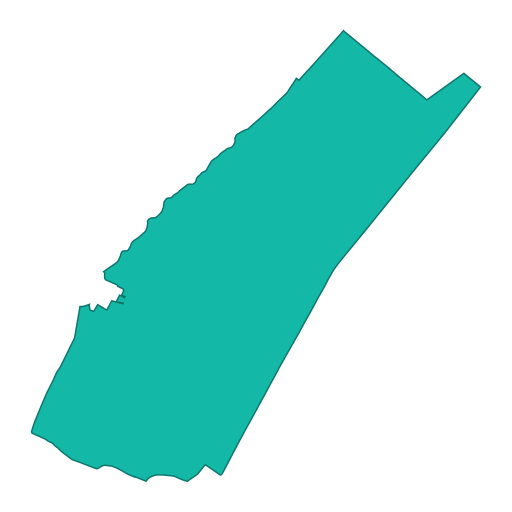 Manasia, Ialomita, Romania
{"feature_id": "2599482B60853828676404", "entity_name": "Manasia", "entity_type": "district", "adm_level": 2, "iso_a3": "ROU", "parent_name": "Romania", "parent_adm1": "Ialomita", "projection": "mercator", "projection_center": [26.681, 44.722], "detail": "fine", "context": "isolated", "style": "filled", "palette": "teal", "viewbox_px": 512, "rotation_deg": 0, "n_neighbors": 0, "source": "geoboundaries", "source_scale": "gbopen_adm2", "svg_char_len": 4456}
<svg xmlns="http://www.w3.org/2000/svg" viewBox="0 0 512 512"><path d="M182.1,479.6L182.6,479.8L184.1,480.3L185.5,480.7L186.8,481.1L187.3,481.3L197.6,474.1L205.2,464.6L219.7,474.6L220.5,475.0L221.3,474.7L221.9,474.1L222.7,472.8L228.5,461.8L233.1,452.9L237.0,445.5L239.4,441.0L242.0,436.2L244.5,431.5L245.4,429.9L246.5,427.9L247.9,425.3L249.6,422.3L250.4,420.9L252.2,417.5L254.1,414.0L255.8,411.0L258.6,405.8L261.4,400.7L263.8,396.3L264.3,395.3L264.5,395.0L270.0,384.8L270.8,383.3L273.4,378.5L277.7,370.6L277.9,370.4L278.3,369.4L278.8,368.4L279.2,367.7L282.8,361.3L283.9,359.4L285.0,357.3L287.0,353.9L289.4,349.6L296.3,337.4L298.1,334.3L299.6,331.7L300.0,330.8L301.3,328.5L302.5,326.2L305.0,321.7L308.9,314.8L311.9,309.3L318.1,297.8L322.2,290.6L324.6,286.3L327.6,280.5L328.6,278.6L332.2,272.3L333.7,269.8L335.4,267.4L337.8,264.1L343.3,257.3L353.4,245.0L363.6,232.6L379.7,212.7L379.9,212.5L385.9,205.0L394.4,194.6L405.1,181.3L412.6,172.1L419.8,163.3L428.6,152.6L439.2,139.7L446.6,130.6L480.5,87.0L471.2,79.3L466.6,75.6L463.9,73.3L462.4,74.4L426.7,100.0L423.8,97.2L418.0,92.5L395.6,73.9L390.1,69.1L379.2,60.2L377.0,58.3L376.8,58.4L370.6,53.2L356.1,41.2L344.8,31.9L343.5,30.7L343.3,31.0L308.1,70.3L307.7,70.5L298.9,80.3L296.9,78.7L296.3,78.3L295.1,80.5L291.0,86.6L289.6,88.7L288.5,90.5L287.0,92.8L284.4,95.3L277.6,101.8L271.1,108.4L269.5,109.7L262.6,116.0L253.6,123.9L249.4,127.7L248.0,129.0L247.2,129.3L246.0,129.7L244.2,130.4L240.2,132.6L237.8,133.9L236.7,134.7L236.2,135.3L235.8,136.5L235.2,137.6L234.9,138.4L235.0,139.9L235.2,141.1L234.7,142.9L234.1,144.0L233.3,145.4L232.5,146.4L231.8,147.1L231.0,147.5L229.9,147.8L228.8,148.1L227.9,148.4L227.3,148.7L226.7,149.1L224.2,150.9L221.3,152.9L220.4,153.8L218.5,156.0L216.0,157.9L214.9,158.4L213.4,159.6L212.1,160.5L211.4,161.3L210.9,162.1L210.4,162.9L209.5,164.6L208.8,165.7L208.3,166.5L207.9,167.4L207.4,168.2L206.9,169.4L206.1,170.5L205.4,171.0L204.8,171.4L201.9,172.6L200.2,174.7L198.2,176.5L197.4,177.3L196.6,178.5L196.1,180.5L195.5,182.0L194.9,182.7L193.2,184.1L192.6,184.2L190.5,184.2L188.5,184.2L187.4,184.7L185.9,185.8L185.5,186.2L184.5,187.0L180.4,190.1L179.7,190.6L179.3,191.2L177.9,192.6L176.5,193.4L174.7,194.5L173.7,195.2L173.2,195.7L171.9,197.1L171.4,197.6L170.9,197.8L168.3,198.1L167.3,198.3L166.7,198.5L166.1,199.2L165.5,199.9L164.7,200.9L164.3,201.6L164.1,202.1L164.0,203.3L163.4,207.3L162.3,210.6L161.1,212.6L160.0,213.7L159.0,214.8L157.4,216.3L156.8,216.8L155.6,217.5L154.5,217.8L154.1,217.9L152.6,217.9L151.4,218.0L150.9,218.1L149.9,218.6L148.8,219.3L148.0,220.3L147.6,221.1L147.5,221.8L147.7,223.0L147.7,223.6L147.1,227.4L146.1,230.0L145.4,231.4L144.6,232.2L141.2,235.1L138.3,237.7L135.7,239.4L133.9,240.6L132.5,241.8L131.2,243.9L130.8,245.6L129.1,248.6L128.7,249.4L127.6,250.5L127.3,250.8L125.9,250.8L123.6,251.0L122.5,251.2L122.0,251.8L121.2,253.1L121.0,253.7L120.7,254.8L120.4,256.0L119.4,258.3L118.1,260.9L116.8,262.3L115.7,263.3L109.6,267.4L107.2,269.1L103.6,271.7L104.0,272.1L104.4,272.5L104.7,273.0L104.7,273.5L104.6,275.3L104.6,276.5L104.6,277.3L104.7,278.0L104.8,278.4L105.1,278.9L105.1,279.0L105.4,279.4L105.7,279.7L105.9,279.9L116.9,284.8L118.1,285.5L117.8,286.4L123.2,288.9L123.7,290.7L121.6,295.2L123.0,295.9L124.0,296.2L125.0,296.6L124.4,297.7L121.2,295.9L119.6,295.1L116.4,301.6L118.1,302.2L119.3,302.5L120.7,302.7L123.2,302.9L123.1,303.6L120.6,303.2L118.6,302.7L116.7,302.2L114.5,301.6L112.5,301.0L111.8,300.8L106.7,310.1L97.7,304.6L93.8,311.2L93.7,311.3L90.2,310.1L89.7,309.1L89.5,306.9L89.0,305.9L89.4,304.4L87.5,305.1L85.5,305.7L84.5,306.1L83.8,306.2L83.1,306.4L80.0,306.6L74.6,337.9L68.1,351.2L61.6,364.4L60.5,366.7L56.9,372.0L52.9,380.8L51.9,382.9L46.8,392.9L43.1,401.5L36.7,416.9L34.7,421.8L33.6,425.0L31.5,431.7L32.0,433.1L45.3,439.1L46.4,439.8L47.7,440.9L49.0,441.6L50.2,442.2L50.9,442.5L51.6,442.7L52.6,443.3L53.2,443.9L53.8,444.6L54.5,445.3L55.5,446.2L56.1,446.7L57.7,447.8L59.2,449.3L60.7,450.8L62.5,452.3L64.1,453.6L72.1,459.6L79.0,462.0L92.0,467.1L96.8,468.8L97.2,468.8L98.6,468.0L100.0,467.2L101.8,466.2L103.3,465.5L103.7,465.3L105.6,465.3L107.7,465.6L109.4,465.8L111.9,466.1L113.7,466.8L115.6,467.5L117.9,468.6L122.2,470.9L128.7,474.6L131.7,475.8L134.8,477.1L134.9,476.7L146.1,481.2L148.1,478.6L149.8,477.3L152.7,476.0L155.5,475.1L157.6,474.9L159.4,474.9L161.2,474.9L164.6,475.1L167.1,475.4L169.7,475.6L172.8,475.9L173.9,476.2L174.9,476.5L177.0,477.4L178.0,477.9L179.0,478.3L180.1,478.8L182.1,479.6Z" fill="#14b8a6" stroke="#0f766e" stroke-width="1.5"/></svg>